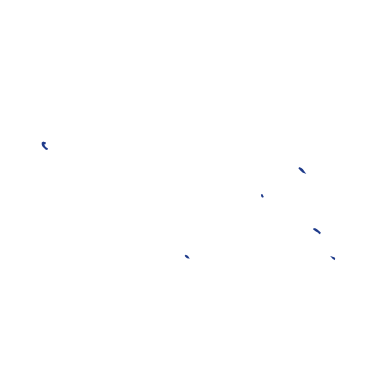 SVG path tracing the border of Lakshadweep, rotated 112°
{"feature_id": "IND-2443", "entity_name": "Lakshadweep", "entity_type": "Union Territory", "adm_level": 1, "iso_a3": "IND", "parent_name": "India", "parent_adm1": "", "projection": "robinson", "projection_center": [72.975, 9.972], "detail": "coarse", "context": "isolated", "style": "filled", "palette": "blue", "viewbox_px": 384, "rotation_deg": 112, "n_neighbors": 0, "source": "natural_earth", "source_scale": "10m", "svg_char_len": 756}
<svg xmlns="http://www.w3.org/2000/svg" viewBox="0 0 384 384"><g transform="rotate(112 192 192)"><path d="M206.2,342.6L206.6,342.6L206.8,343.3L205.3,347.0L204.5,348.0L203.5,348.7L202.4,349.0L201.7,348.4L201.6,346.6L202.1,346.6L202.1,348.0L203.8,347.2L205.0,346.1L205.9,344.5L206.2,342.6ZM129.5,101.9L129.5,99.9L130.0,98.1L131.8,95.3L131.8,96.6L130.8,99.3L129.5,101.9ZM181.8,58.2L182.4,58.2L182.3,58.7L181.8,59.6L181.4,62.6L180.6,65.5L180.2,63.8L180.5,62.0L181.8,58.2ZM254.5,171.8L254.0,173.3L253.3,174.5L253.4,172.5L253.8,171.6L254.3,170.9L254.5,171.8ZM169.9,125.3L169.0,126.0L168.1,126.5L169.8,124.6L170.0,124.8L169.9,125.3ZM200.8,35.0L200.6,36.2L200.1,37.2L200.0,35.6L200.3,35.1L200.8,35.0Z" fill="#3b82f6" stroke="#1e3a8a" stroke-width="1.5"/></g></svg>